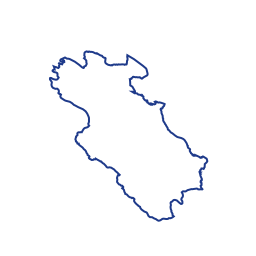 outline of Antsohihy, Sofia, Madagascar, rotated 306°
{"feature_id": "10022922B54557741887580", "entity_name": "Antsohihy", "entity_type": "district", "adm_level": 2, "iso_a3": "MDG", "parent_name": "Madagascar", "parent_adm1": "Sofia", "projection": "equal_earth", "projection_center": [48.096, -14.972], "detail": "fine", "context": "isolated", "style": "outline", "palette": "blue", "viewbox_px": 256, "rotation_deg": 306, "n_neighbors": 0, "source": "geoboundaries", "source_scale": "gbopen_adm2", "svg_char_len": 5838}
<svg xmlns="http://www.w3.org/2000/svg" viewBox="0 0 256 256"><g transform="rotate(306 128 128)"><path d="M122.4,223.9L122.4,223.2L123.1,221.7L124.0,220.7L125.2,221.0L126.3,219.9L126.7,219.9L126.8,219.7L126.7,219.2L127.0,218.8L127.0,218.4L128.2,217.9L128.5,218.4L129.1,218.4L130.1,217.8L132.0,214.6L132.9,213.8L133.4,213.9L133.3,213.1L133.5,212.9L133.9,212.5L134.7,212.7L134.4,212.1L134.5,211.6L135.9,211.5L136.4,211.2L137.2,211.5L138.4,211.2L139.1,212.2L139.2,213.1L139.7,213.3L140.9,212.9L141.4,213.0L144.0,211.3L146.4,211.8L147.7,211.7L148.4,211.0L149.4,209.6L149.1,205.6L148.9,205.3L148.6,205.4L148.1,204.9L147.5,205.0L147.5,204.4L147.3,204.3L146.6,204.3L146.4,203.6L146.5,202.5L145.9,199.4L145.6,199.3L145.6,198.0L144.9,198.1L144.8,197.3L144.2,197.5L144.0,197.2L144.3,196.5L144.1,195.9L144.6,195.4L144.6,193.8L145.0,193.4L145.1,192.8L145.8,191.4L147.2,190.8L147.4,190.3L147.3,188.8L147.4,188.1L148.3,186.9L148.7,186.9L149.0,185.9L149.5,185.4L150.3,184.0L151.5,180.8L151.6,179.1L151.2,177.0L149.7,173.2L149.6,170.5L149.8,167.1L149.6,165.1L150.3,162.6L150.2,161.2L151.4,159.9L152.0,158.2L152.9,156.4L153.1,155.4L153.8,154.4L154.1,153.1L154.9,151.9L156.4,150.8L156.5,150.3L158.3,148.8L159.7,146.4L161.1,145.3L162.2,143.5L162.9,143.2L163.7,144.1L164.1,144.3L164.9,143.8L165.7,144.1L166.3,143.9L167.0,144.2L168.9,143.6L168.8,142.9L168.0,140.3L167.3,138.5L166.3,137.5L166.1,135.7L165.6,134.6L164.9,134.3L164.8,135.0L164.9,135.7L163.5,136.0L162.6,135.4L162.3,134.5L161.9,134.0L161.4,132.1L160.9,131.4L160.5,131.3L160.3,132.8L160.1,132.5L160.1,131.4L159.9,130.6L160.2,129.3L160.0,128.6L160.2,128.3L161.0,128.1L161.3,127.7L160.5,127.5L160.4,127.3L161.0,126.5L160.5,125.7L160.6,124.6L161.2,122.8L162.5,122.0L162.5,121.1L163.0,120.0L163.0,119.9L162.2,120.0L162.0,118.3L161.1,116.7L161.3,115.0L160.9,114.4L160.6,113.5L160.0,113.0L159.8,110.1L161.4,112.4L161.9,112.0L164.0,107.2L163.8,104.8L166.6,102.6L168.4,101.0L169.1,101.4L169.1,101.2L169.5,101.5L169.9,101.4L171.4,102.0L172.1,101.9L172.5,102.1L173.5,104.3L174.3,105.2L174.7,106.2L176.0,107.7L175.8,108.5L176.0,108.9L175.9,109.9L176.3,110.4L178.1,110.8L181.7,112.5L182.6,112.5L183.6,111.8L186.4,108.4L186.8,107.5L187.1,103.4L187.2,92.3L186.5,84.7L185.0,85.6L184.4,86.4L182.8,87.6L181.9,87.7L179.2,89.3L178.5,89.4L177.9,88.5L177.2,88.2L177.1,87.5L176.1,85.9L174.6,84.2L173.8,82.8L173.1,82.5L172.6,81.3L171.9,80.9L171.7,80.1L170.6,78.8L169.4,78.4L169.2,77.7L168.7,77.5L167.5,74.9L167.3,73.2L167.3,71.9L167.7,71.1L168.3,70.5L171.2,68.9L171.3,68.3L170.8,67.3L170.7,66.1L170.7,65.7L171.1,64.7L171.1,64.4L170.5,62.9L170.2,58.8L170.0,58.6L169.7,58.8L169.2,57.5L168.8,55.1L168.2,53.8L167.5,52.9L167.0,51.5L166.7,51.3L166.3,51.3L166.1,51.0L165.8,50.3L165.8,49.7L165.4,49.3L164.2,48.7L163.1,48.7L161.0,50.0L160.3,51.2L159.8,51.5L158.6,51.4L158.4,53.5L157.9,54.8L156.7,55.6L156.1,56.4L155.6,56.9L153.5,57.3L151.9,56.4L151.0,56.9L150.4,56.7L150.2,56.0L150.1,55.0L150.4,51.4L150.4,46.0L149.5,40.2L149.0,39.0L148.2,37.8L148.0,35.6L143.9,33.3L142.8,33.5L142.5,33.8L142.4,34.1L142.7,35.5L143.4,35.8L144.8,35.8L144.9,36.7L143.9,37.7L142.4,36.9L140.8,37.3L140.3,35.9L139.8,33.4L139.6,34.4L139.4,35.0L139.0,35.3L137.8,35.6L137.1,36.5L135.6,36.4L135.4,36.0L135.1,34.4L134.5,33.0L134.2,31.8L133.3,33.2L132.2,34.3L131.9,33.7L130.5,33.2L130.0,33.3L129.7,33.7L129.8,35.3L130.7,37.3L130.8,38.5L130.3,39.2L128.7,40.3L128.4,40.7L128.2,41.8L128.0,42.3L126.1,42.3L125.4,42.0L124.7,41.3L123.8,39.3L123.4,37.8L123.4,36.7L123.0,35.9L122.6,35.6L122.0,35.9L121.4,36.4L120.5,39.1L120.1,39.6L117.9,40.7L116.8,42.1L116.4,43.8L117.0,46.2L118.2,47.6L118.1,49.0L117.7,49.9L117.2,50.4L116.0,51.2L115.4,51.1L115.2,51.4L115.2,52.6L115.7,53.4L115.6,54.2L114.0,54.5L113.1,55.7L113.0,56.6L113.2,60.5L113.5,61.7L115.0,65.5L115.2,68.0L114.9,70.8L115.2,72.1L115.6,75.4L116.7,80.5L116.6,83.9L115.7,86.5L114.1,89.3L113.2,90.5L110.2,92.7L109.3,93.1L108.2,93.3L107.2,94.4L107.0,95.2L105.4,95.0L104.4,94.5L102.7,93.1L101.5,92.7L99.4,92.8L97.4,93.1L97.0,92.3L96.3,91.8L96.1,91.4L95.3,90.4L94.6,90.1L93.8,90.2L92.6,91.3L90.7,91.0L90.3,91.1L89.9,91.5L89.0,91.6L87.7,92.3L87.3,93.2L86.5,93.8L86.5,95.5L85.7,96.1L85.9,97.2L86.3,97.5L85.7,98.1L85.6,99.0L85.5,102.8L84.9,104.8L84.9,106.2L84.4,107.8L83.5,109.0L83.1,110.5L82.4,111.2L82.5,112.9L82.3,113.6L81.9,113.8L80.9,113.8L80.7,114.1L80.5,115.1L80.8,116.6L80.7,117.2L81.1,117.8L81.7,118.5L82.6,118.7L83.3,119.9L83.6,120.0L84.2,119.8L84.4,122.2L84.6,123.1L84.6,123.9L84.8,124.5L84.7,125.5L85.2,126.1L84.9,127.0L84.7,128.3L84.9,129.3L84.4,132.2L83.9,133.6L83.9,134.3L84.2,135.1L85.3,136.1L86.1,137.9L86.1,139.0L86.3,141.1L85.8,143.3L85.7,145.5L85.3,147.7L85.2,148.8L84.7,148.8L84.3,148.0L83.9,147.7L83.5,147.9L82.9,147.8L81.0,148.5L80.3,149.5L78.0,150.8L77.7,151.5L77.1,153.9L77.5,155.1L77.3,156.4L77.9,157.3L77.5,158.8L76.9,159.1L76.4,158.7L75.8,158.7L75.8,160.1L75.5,161.2L74.3,162.5L73.6,164.1L73.1,164.4L73.5,166.2L73.0,168.5L73.0,169.9L73.6,171.6L73.6,172.4L74.2,172.7L74.4,173.1L74.4,174.7L74.0,175.2L73.3,175.3L72.3,176.1L71.7,177.9L71.6,178.6L71.3,180.1L71.4,180.9L71.1,182.1L71.3,184.1L70.5,185.1L70.0,186.8L70.0,190.3L70.6,192.6L70.3,193.7L68.9,196.2L68.8,197.2L68.8,198.2L70.0,199.9L70.2,202.3L70.7,204.2L70.7,206.2L71.0,207.3L72.0,208.2L73.3,208.8L74.1,209.0L75.3,209.7L76.2,211.2L76.8,212.4L77.8,213.6L78.1,213.8L79.0,214.0L80.1,215.5L81.6,216.4L83.4,217.0L83.7,215.2L84.8,214.4L85.8,212.2L86.6,211.8L87.5,210.3L89.1,208.8L90.9,208.0L92.3,206.5L93.3,206.3L94.3,206.9L96.4,207.2L97.0,207.7L97.5,208.4L98.1,210.1L97.7,213.7L97.7,214.9L97.7,215.5L98.2,216.1L99.2,216.2L100.7,215.0L101.3,213.4L101.7,213.0L102.5,212.7L104.6,212.7L105.6,212.2L106.7,211.1L107.6,209.3L109.1,209.7L110.3,211.6L111.0,212.1L112.7,212.7L115.8,215.2L116.3,216.0L119.4,219.2L119.7,220.1L119.6,220.8L120.3,221.9L121.3,223.0L121.9,224.1L122.2,224.2L122.4,223.9Z" fill="none" stroke="#1e3a8a" stroke-width="2"/></g></svg>